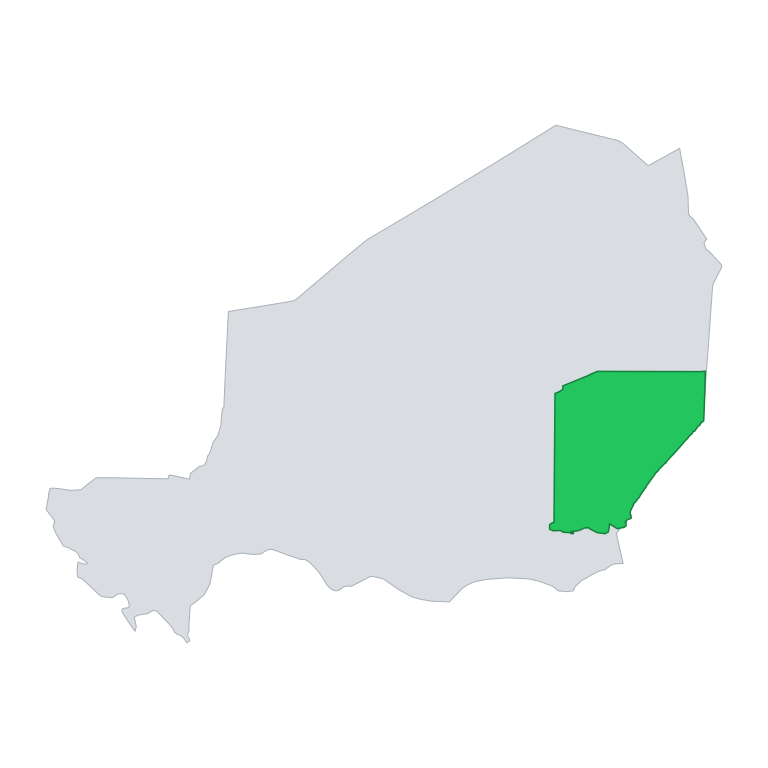 N'Gourti, Diffa, Niger (highlighted)
{"feature_id": "23599985B32057380818540", "entity_name": "N'Gourti", "entity_type": "district", "adm_level": 2, "iso_a3": "NER", "parent_name": "Niger", "parent_adm1": "Diffa", "projection": "orthographic", "projection_center": [13.567, 16.185], "detail": "fine", "context": "in_parent", "style": "filled", "palette": "green", "viewbox_px": 768, "rotation_deg": 0, "n_neighbors": 0, "source": "geoboundaries", "source_scale": "gbopen_adm2", "svg_char_len": 4425}
<svg xmlns="http://www.w3.org/2000/svg" viewBox="0 0 768 768"><path d="M623.1,563.6L615.3,563.8L610.9,565.2L605.2,569.5L598.9,571.2L591.2,575.0L586.3,578.1L581.7,580.5L575.4,586.3L573.3,590.8L567.0,591.7L558.3,590.9L552.7,586.3L539.8,581.5L531.5,579.5L527.6,578.8L507.9,577.8L486.9,579.4L476.2,581.4L474.2,581.9L468.1,584.6L463.0,587.7L449.2,601.9L431.1,601.1L420.6,599.3L411.6,596.8L398.9,589.7L383.5,579.0L377.5,577.4L372.1,576.4L370.3,576.5L351.4,586.3L347.8,585.9L343.3,587.0L340.4,589.4L338.2,590.6L336.0,590.8L333.0,590.1L330.2,588.5L327.4,585.5L320.0,573.8L318.5,571.7L315.3,568.2L310.0,562.7L306.3,560.1L304.0,559.4L301.3,559.7L286.5,554.6L271.8,549.2L268.5,549.7L266.1,550.6L260.9,554.0L254.8,554.4L247.1,553.8L242.9,553.1L236.0,554.0L231.5,555.2L225.4,557.4L217.5,563.6L215.3,564.3L213.4,565.3L210.1,583.2L207.8,588.4L203.6,595.4L195.7,601.8L190.3,605.7L189.9,611.3L189.2,620.3L188.9,626.6L189.1,630.6L188.1,632.5L187.7,634.3L187.9,637.0L189.1,638.3L189.8,640.0L189.3,641.3L186.7,642.8L184.1,638.6L180.7,635.5L176.9,634.1L174.3,631.8L173.1,628.9L168.2,623.0L157.0,611.3L155.8,610.9L153.9,610.4L150.5,611.6L148.4,613.3L147.0,613.9L144.8,613.9L139.2,615.0L134.7,616.6L134.5,618.1L136.3,626.6L135.1,631.1L133.2,628.8L127.2,620.0L123.0,613.4L122.3,612.0L121.8,609.8L122.3,608.9L124.0,608.3L128.1,607.7L128.9,607.1L129.2,605.4L128.7,602.1L126.7,597.6L124.4,594.6L123.1,593.9L120.7,593.7L118.1,593.9L113.0,597.2L110.8,597.7L105.7,597.1L101.2,596.2L98.6,594.2L90.7,586.7L82.0,578.7L78.3,577.4L77.5,576.6L77.1,570.8L77.6,563.9L78.2,562.1L81.9,563.5L85.9,564.2L87.3,563.0L84.2,560.4L79.7,557.6L78.2,553.8L76.9,552.4L74.9,550.9L72.6,550.1L70.3,548.9L68.7,547.7L66.1,547.0L63.3,546.0L59.6,539.7L56.0,533.5L53.9,528.7L53.2,525.9L54.7,521.2L53.6,519.2L49.5,514.1L46.1,509.4L47.4,502.5L48.5,496.7L48.7,493.1L49.4,491.0L50.0,488.7L52.5,488.1L58.7,488.6L70.6,490.4L80.4,489.8L80.9,489.7L88.1,483.9L96.0,477.8L107.4,477.8L119.6,477.9L129.3,478.1L143.4,478.4L154.9,478.6L168.1,478.8L168.6,475.8L169.5,475.1L170.8,475.1L180.4,477.2L189.5,479.2L190.4,473.5L198.8,466.8L203.4,465.6L204.6,464.4L206.1,462.1L207.2,458.5L207.7,455.8L209.5,453.7L210.9,449.8L212.9,442.8L217.7,435.7L220.8,425.8L221.6,416.1L222.4,408.8L223.9,407.3L224.4,394.3L225.0,381.2L225.5,370.1L226.2,356.3L226.8,344.2L227.4,331.0L228.0,319.3L228.4,311.5L237.6,310.0L247.1,308.5L261.0,306.3L276.1,303.8L292.5,301.1L296.3,299.3L309.1,288.4L314.9,283.5L326.3,273.8L335.1,266.3L346.3,256.7L358.1,247.1L367.5,239.4L382.1,230.8L404.1,217.8L426.0,204.7L447.8,191.6L469.6,178.4L491.3,165.2L512.9,151.9L534.4,138.6L555.8,125.2L577.1,130.5L597.4,135.5L617.9,140.5L622.7,143.2L633.6,152.8L647.6,165.2L648.2,165.3L648.8,165.4L662.2,158.0L679.6,148.4L679.6,148.5L684.4,174.1L688.0,196.2L688.4,210.2L688.6,213.9L690.1,216.4L693.3,218.9L706.7,239.1L703.9,242.7L705.9,249.0L709.4,251.7L720.5,263.7L721.9,266.1L721.3,268.0L713.9,282.4L712.6,285.9L711.3,304.2L710.4,317.1L709.1,334.8L707.6,356.0L706.3,373.9L704.6,397.6L703.1,420.0L691.9,432.3L672.1,454.3L655.9,472.1L647.8,484.0L631.8,507.2L624.7,522.2L619.1,530.1L616.3,533.4L618.8,544.4L623.1,563.6Z" fill="#d9dde1" stroke="#a8b0b8" stroke-width="1"/><path d="M552.8,530.7L554.8,530.7L557.1,530.7L560.1,530.4L563.5,532.3L565.9,532.4L569.9,532.6L570.7,533.4L572.3,533.8L573.5,533.3L573.5,532.5L570.6,532.4L571.0,531.4L574.3,531.2L577.8,530.8L581.3,529.5L584.5,527.9L586.9,528.0L587.5,527.3L590.8,529.4L597.0,532.6L605.2,533.7L608.4,531.8L608.5,531.1L609.3,526.8L609.5,523.9L617.4,528.7L619.2,528.4L620.6,527.9L622.6,527.7L624.3,527.2L626.0,525.8L626.1,522.9L625.2,522.0L626.2,521.3L626.4,520.6L628.3,519.1L630.0,518.9L631.2,518.1L631.0,515.4L630.3,514.3L630.3,511.5L631.9,508.0L633.3,505.3L633.7,503.6L636.1,501.2L636.8,500.5L636.9,499.7L639.4,497.1L640.4,495.2L641.9,492.9L644.4,489.1L645.8,487.7L646.2,486.2L648.6,483.1L651.5,478.9L653.2,476.7L656.3,472.3L657.7,471.4L659.4,468.9L665.0,463.3L666.4,462.5L666.5,461.6L669.6,458.2L673.9,453.6L678.9,448.1L682.4,444.1L685.0,441.1L685.8,440.1L687.1,438.9L690.0,435.3L691.3,434.5L692.7,432.6L693.1,431.5L694.7,431.1L698.4,425.8L699.6,425.4L701.1,422.9L703.7,420.9L704.0,414.0L704.8,392.1L705.3,371.2L700.2,371.6L691.9,371.6L597.2,371.4L592.6,373.4L587.1,376.0L562.8,385.9L562.8,389.5L558.8,391.9L555.0,393.5L554.0,522.2L552.6,522.8L551.2,523.4L549.7,524.6L549.5,528.4L549.8,529.4L550.6,529.8L552.1,530.1L552.8,530.7L552.8,530.7Z" fill="#22c55e" stroke="#15803d" stroke-width="1.5"/></svg>